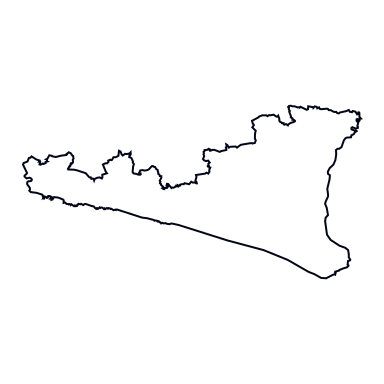 Lázaro Cárdenas, Michoacán, Mexico (orthographic projection)
{"feature_id": "50627088B38874433306118", "entity_name": "Lázaro Cárdenas", "entity_type": "district", "adm_level": 2, "iso_a3": "MEX", "parent_name": "Mexico", "parent_adm1": "Michoacán", "projection": "orthographic", "projection_center": [-102.462, 18.083], "detail": "fine", "context": "isolated", "style": "outline", "palette": "ink", "viewbox_px": 384, "rotation_deg": 0, "n_neighbors": 0, "source": "geoboundaries", "source_scale": "gbopen_adm2", "svg_char_len": 5985}
<svg xmlns="http://www.w3.org/2000/svg" viewBox="0 0 384 384"><path d="M351.0,137.3L351.4,135.3L353.9,134.1L354.7,132.4L356.7,131.1L356.4,130.6L354.7,130.6L351.5,129.4L351.4,128.0L352.3,127.2L355.6,128.5L357.8,128.0L357.9,126.8L357.3,126.0L358.1,123.5L357.9,122.4L356.5,120.7L356.6,119.3L357.5,119.1L357.8,120.6L358.8,121.5L359.6,120.5L359.3,119.6L359.5,118.9L361.0,118.6L359.4,116.9L359.4,113.0L358.9,112.3L358.3,112.4L357.7,114.1L357.1,114.4L355.5,111.7L352.7,111.0L352.0,112.2L349.9,111.8L348.8,110.0L345.9,111.2L339.9,112.5L338.8,113.4L337.2,113.1L336.3,111.9L334.8,112.0L333.2,111.6L330.9,110.2L328.7,110.1L327.9,108.9L327.1,108.7L320.9,109.2L319.7,108.8L319.1,107.4L317.3,108.3L317.1,107.3L316.2,106.7L314.7,106.4L313.4,107.8L313.3,107.2L308.2,106.3L308.0,109.2L306.7,109.8L300.5,106.8L299.6,107.7L299.0,107.2L297.9,107.5L294.7,106.3L292.4,106.3L290.7,105.7L289.0,106.0L288.1,107.0L288.9,107.7L288.8,109.3L289.8,111.0L289.2,111.7L291.0,116.4L290.8,117.4L292.6,118.4L292.4,119.8L293.8,119.9L294.9,120.7L295.0,121.2L293.5,122.1L290.7,122.9L288.3,124.4L287.9,125.4L286.0,124.1L284.3,124.7L283.5,124.0L283.6,123.2L281.9,123.1L281.7,122.5L280.2,122.0L279.6,121.0L279.4,121.6L279.3,118.7L278.2,115.7L277.5,116.7L276.2,116.5L273.6,114.7L270.4,115.3L269.1,115.1L267.5,116.2L266.4,115.3L262.3,115.3L259.0,116.6L258.4,117.4L252.0,120.8L252.7,123.3L253.9,125.1L252.3,127.4L255.7,130.7L255.0,133.8L254.9,138.8L255.8,140.3L254.8,143.0L252.5,143.5L252.1,143.1L249.7,143.3L240.8,144.8L237.0,147.6L235.6,146.5L230.2,146.8L228.9,147.6L227.3,145.0L226.3,144.4L226.7,146.2L225.8,147.7L226.4,148.7L226.3,150.0L221.1,151.1L219.8,151.9L214.5,149.9L212.6,149.9L210.1,150.8L209.6,150.2L210.1,149.5L208.7,148.8L207.3,149.8L204.5,150.1L204.5,151.2L203.6,151.9L203.9,153.5L203.5,154.4L204.2,156.0L203.0,159.1L204.1,160.3L206.0,161.1L208.2,160.6L209.7,162.6L208.4,163.6L208.5,164.8L207.7,166.0L207.9,166.5L209.1,166.4L209.3,167.6L210.2,167.7L209.4,169.5L209.2,171.1L209.5,171.7L208.3,173.6L206.5,172.7L205.1,173.6L196.0,175.0L196.5,176.9L195.4,180.7L196.6,182.2L196.8,183.3L196.1,183.3L195.1,182.5L192.9,182.6L191.2,181.7L189.2,184.2L184.5,183.2L183.8,184.2L182.1,184.1L180.1,184.7L180.1,185.4L179.5,185.3L179.0,185.9L177.9,185.3L178.0,186.3L176.5,185.7L176.5,186.4L175.5,186.3L174.9,187.1L173.4,187.7L171.9,187.5L171.4,188.0L168.2,184.0L167.0,183.8L166.5,185.7L167.9,186.3L167.9,186.8L167.1,187.2L167.0,187.9L164.0,188.0L164.2,189.1L163.6,189.1L162.3,188.2L163.0,187.8L163.2,186.8L160.9,184.8L161.0,184.1L159.9,183.2L160.4,181.6L159.7,180.8L161.3,177.9L161.3,176.2L159.8,176.1L159.4,174.6L158.2,173.8L158.2,172.0L157.7,171.0L157.7,170.0L156.1,168.9L155.1,167.0L153.5,166.7L152.9,166.0L151.8,166.1L149.2,169.0L147.7,170.0L144.5,170.6L142.6,170.1L140.3,170.4L139.1,172.9L139.7,173.6L140.6,173.5L140.7,174.3L140.3,174.7L137.9,174.6L136.8,174.0L133.5,173.4L132.6,172.0L133.1,166.6L133.9,164.1L132.8,162.6L133.0,161.6L131.4,158.0L129.2,157.1L129.5,155.4L130.2,155.3L130.7,154.3L130.6,152.3L129.5,153.5L126.4,154.1L125.1,153.8L122.8,155.5L121.6,154.3L120.6,151.6L119.0,150.8L118.4,155.8L115.9,157.2L113.5,157.2L112.0,159.9L111.1,160.2L110.3,159.7L108.2,160.6L108.5,161.8L107.1,163.3L105.4,163.3L102.9,164.5L105.6,171.3L106.9,173.3L102.3,174.7L102.4,177.4L101.8,178.5L99.6,177.4L97.1,177.8L94.7,178.9L94.1,180.5L93.5,178.8L92.8,178.5L91.4,178.9L90.7,177.3L89.3,177.3L85.7,173.2L76.9,170.3L74.1,169.7L68.3,169.5L67.9,169.0L68.3,168.3L68.6,168.5L68.9,167.1L69.4,167.0L70.1,166.1L69.9,165.7L70.5,165.5L70.6,163.8L71.1,163.2L71.8,163.7L73.0,162.4L72.8,159.7L73.5,158.7L73.1,155.9L72.3,155.5L70.8,153.3L68.8,152.3L66.8,153.9L67.1,154.1L66.4,155.0L61.4,155.6L55.8,157.0L52.2,156.3L51.8,155.7L49.3,155.3L47.4,158.7L46.4,159.2L47.1,159.4L46.8,161.3L47.2,161.5L45.7,161.9L45.7,163.0L43.5,164.0L42.9,163.5L40.6,164.7L39.5,164.4L40.2,162.1L39.9,161.1L39.1,161.4L39.5,160.5L36.4,159.5L31.5,156.4L30.6,157.6L28.9,158.0L27.5,161.5L23.6,163.1L23.0,164.6L27.0,172.9L26.8,173.6L24.6,175.6L24.5,176.5L26.5,178.4L29.4,177.7L30.8,178.2L31.8,179.3L31.7,180.2L31.0,181.0L28.2,181.4L27.4,182.0L27.1,183.0L27.3,184.5L29.7,187.6L30.0,189.2L29.3,190.7L30.8,192.1L36.4,192.8L41.9,194.5L42.8,195.4L42.4,196.5L42.8,196.1L43.0,196.9L43.3,196.5L43.7,196.7L43.4,197.5L43.8,197.2L43.5,198.4L43.9,198.6L44.3,197.5L45.5,197.0L46.9,198.0L47.7,197.6L47.1,197.0L48.3,196.0L50.0,196.1L51.3,196.9L50.5,198.3L51.5,198.0L51.7,198.3L51.2,199.1L51.3,199.9L52.6,199.4L52.9,198.4L53.3,198.3L53.3,197.4L54.1,197.1L58.3,197.6L63.0,199.5L63.7,200.3L63.6,202.9L65.0,202.5L66.5,203.9L68.0,204.0L68.7,204.5L69.4,204.0L70.4,204.3L70.7,205.0L71.4,204.3L74.0,206.2L74.9,205.4L75.6,206.2L76.9,206.0L77.1,205.1L77.8,204.9L77.8,204.4L78.6,203.8L80.2,204.3L81.0,203.8L83.2,205.1L84.4,204.1L85.5,203.9L91.6,206.0L93.7,206.4L95.6,208.6L97.0,208.0L97.4,208.2L97.3,208.9L98.3,208.7L99.6,207.4L100.2,208.0L101.2,207.5L102.5,207.7L104.0,209.1L104.6,208.4L105.3,209.1L106.9,208.0L107.9,208.7L108.5,208.1L109.7,208.3L110.5,209.0L111.3,208.7L113.5,210.2L114.6,209.8L115.8,210.1L116.0,209.5L117.0,209.5L142.1,217.6L147.0,218.2L153.9,220.0L154.4,220.7L155.5,220.5L156.8,220.7L157.4,221.4L157.9,221.0L158.9,221.3L159.3,222.2L160.5,222.3L161.1,223.4L162.5,222.8L163.4,223.4L165.7,223.1L166.4,223.7L169.6,224.2L170.7,223.6L172.4,223.6L178.6,225.0L227.3,240.4L263.6,250.1L287.7,259.9L308.6,271.9L314.3,274.1L321.1,277.9L326.1,278.3L332.9,274.8L334.6,274.2L335.2,274.6L335.7,272.7L335.0,272.2L335.2,271.7L339.2,270.5L339.3,270.0L343.3,268.4L347.0,267.3L348.4,265.9L348.5,265.4L347.6,264.8L348.0,261.0L349.8,260.5L350.3,259.8L348.8,257.3L348.8,254.2L348.1,250.1L345.3,247.8L339.5,245.7L330.6,239.9L327.0,234.7L325.1,221.0L325.7,217.6L328.0,215.1L326.7,207.7L325.1,203.9L325.7,201.5L328.0,196.6L328.1,195.0L327.3,188.8L329.5,179.6L329.9,175.7L329.7,175.0L328.2,174.1L327.8,172.6L328.0,171.3L329.7,168.1L333.4,164.7L335.4,160.0L336.2,154.5L336.0,150.0L337.5,148.8L339.4,148.7L341.5,147.1L343.9,140.3L345.5,138.2L346.8,137.6L351.0,137.3Z" fill="none" stroke="#020617" stroke-width="2"/></svg>